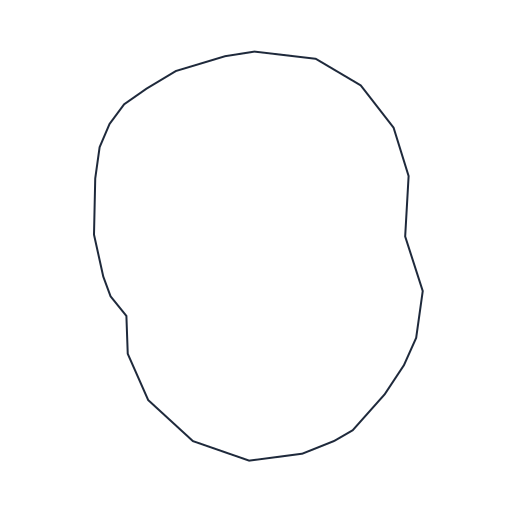 outline of Baraka, Sud-Kivu, Democratic Republic of the Congo, rotated 278°
{"feature_id": "63176286B52252759567832", "entity_name": "Baraka", "entity_type": "district", "adm_level": 2, "iso_a3": "COD", "parent_name": "Democratic Republic of the Congo", "parent_adm1": "Sud-Kivu", "projection": "natural_earth1", "projection_center": [29.091, -4.09], "detail": "fine", "context": "isolated", "style": "outline", "palette": "slate", "viewbox_px": 512, "rotation_deg": 278, "n_neighbors": 0, "source": "geoboundaries", "source_scale": "gbopen_adm2", "svg_char_len": 504}
<svg xmlns="http://www.w3.org/2000/svg" viewBox="0 0 512 512"><g transform="rotate(278 256 256)"><path d="M178.6,136.0L141.3,142.6L98.3,169.3L63.9,219.3L52.4,277.7L66.7,329.4L83.9,359.4L96.9,376.0L137.0,402.7L168.5,417.7L197.2,426.0L244.5,426.0L296.1,401.0L356.4,396.0L402.2,374.4L439.5,336.0L459.6,287.7L458.2,226.0L449.6,197.7L428.1,151.0L406.5,124.3L387.9,104.3L366.4,92.6L342.0,86.0L310.5,86.0L254.6,92.6L214.4,107.6L195.8,117.6L178.6,136.0Z" fill="none" stroke="#1e293b" stroke-width="2"/></g></svg>